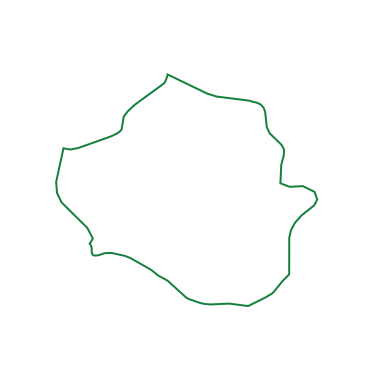 outline of Vayots Dzor, rotated 219°
{"feature_id": "ARM-1733", "entity_name": "Vayots Dzor", "entity_type": "Province", "adm_level": 1, "iso_a3": "ARM", "parent_name": "Armenia", "parent_adm1": "", "projection": "natural_earth1", "projection_center": [45.445, 39.743], "detail": "fine", "context": "isolated", "style": "outline", "palette": "green", "viewbox_px": 384, "rotation_deg": 219, "n_neighbors": 0, "source": "natural_earth", "source_scale": "10m", "svg_char_len": 1060}
<svg xmlns="http://www.w3.org/2000/svg" viewBox="0 0 384 384"><g transform="rotate(219 192 192)"><path d="M239.0,87.4L239.7,93.4L250.7,98.2L286.8,101.8L296.3,106.3L303.9,114.3L319.4,145.1L313.3,148.4L308.1,154.6L289.7,184.7L286.7,191.2L285.9,195.9L292.5,207.7L292.7,214.4L291.4,223.7L282.1,258.8L282.4,261.1L282.8,262.9L284.5,267.3L284.7,267.9L284.8,268.0L242.2,278.0L232.9,281.7L205.0,299.0L201.3,300.5L197.4,302.4L193.4,303.2L189.5,302.6L185.8,300.5L185.7,300.4L174.8,289.6L168.7,286.5L152.2,285.0L147.2,283.0L143.7,278.1L139.6,269.1L130.9,257.3L128.8,254.4L119.5,257.4L109.6,266.3L96.8,269.2L90.0,265.0L88.6,258.7L92.1,243.0L92.6,232.9L91.1,224.8L87.6,217.6L64.6,189.1L65.6,179.6L65.6,165.2L65.9,163.6L68.4,156.6L76.6,138.7L93.1,128.5L106.9,116.2L111.2,113.3L115.5,111.0L126.5,107.0L129.7,106.3L155.2,107.7L165.9,105.8L174.6,105.8L198.2,101.9L204.0,100.1L216.3,93.9L221.2,89.7L224.8,84.2L225.9,82.9L228.1,81.0L229.6,80.8L230.9,81.2L232.0,82.1L232.8,83.0L234.6,85.3L237.7,87.3L239.0,87.4L239.0,87.4Z" fill="none" stroke="#15803d" stroke-width="2"/></g></svg>